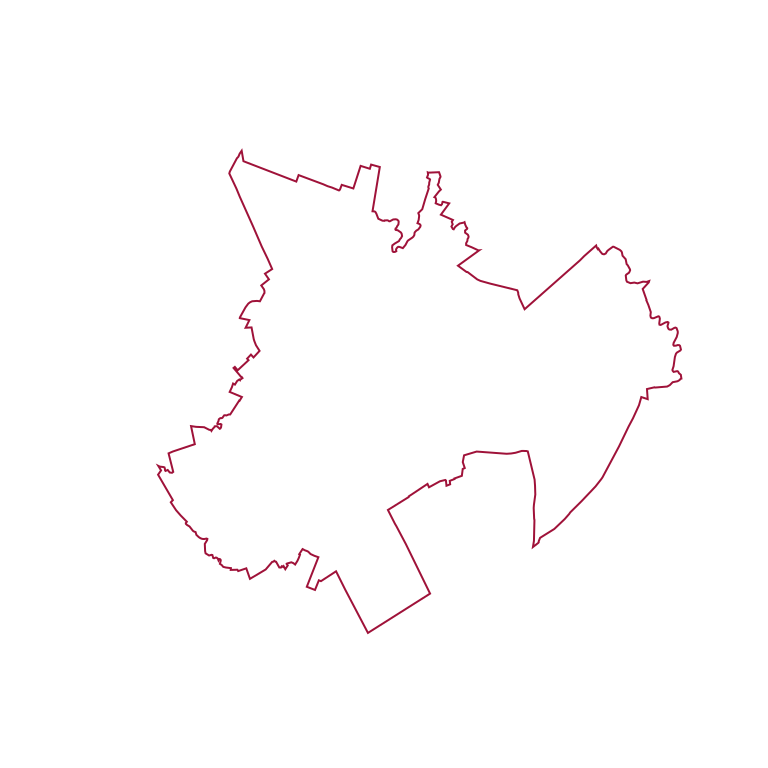 Timisoara, Timis, Romania (Natural Earth projection), rotated 123°
{"feature_id": "2599482B15929975886396", "entity_name": "Timisoara", "entity_type": "district", "adm_level": 2, "iso_a3": "ROU", "parent_name": "Romania", "parent_adm1": "Timis", "projection": "natural_earth1", "projection_center": [21.198, 45.759], "detail": "fine", "context": "isolated", "style": "outline", "palette": "rose", "viewbox_px": 768, "rotation_deg": 123, "n_neighbors": 0, "source": "geoboundaries", "source_scale": "gbopen_adm2", "svg_char_len": 6142}
<svg xmlns="http://www.w3.org/2000/svg" viewBox="0 0 768 768"><g transform="rotate(123 384 384)"><path d="M300.5,614.2L305.4,607.1L323.3,579.4L335.3,561.4L342.4,549.7L348.5,540.4L356.3,543.9L358.9,537.5L368.2,540.6L369.9,536.4L371.0,535.0L372.8,533.8L373.2,533.9L382.2,533.1L383.5,535.8L386.4,539.6L388.3,540.8L390.5,541.6L395.2,541.9L406.7,541.1L407.3,540.8L403.7,531.7L412.2,530.7L408.7,525.9L417.3,517.7L418.7,516.0L421.2,512.5L424.0,506.4L432.8,507.9L431.8,511.6L437.3,512.6L437.8,510.6L452.2,514.2L450.9,518.4L452.5,518.9L455.0,510.5L455.9,507.8L456.0,506.7L455.8,506.7L456.1,505.9L458.6,506.9L459.2,506.8L459.0,507.8L461.4,508.8L465.7,508.7L465.8,510.8L469.6,509.8L474.7,509.1L472.3,496.1L476.7,496.0L476.7,496.4L477.3,496.4L493.3,496.4L494.1,497.6L496.2,499.0L496.8,500.4L497.4,501.0L500.3,501.1L501.0,501.5L501.8,502.7L503.5,503.3L505.4,502.6L507.9,502.3L508.3,501.9L508.2,501.4L506.5,499.2L506.5,498.3L509.0,497.1L510.3,497.0L511.0,497.3L510.4,500.9L510.6,501.5L511.7,502.9L512.1,502.7L514.9,503.2L517.3,503.2L516.8,504.1L517.6,505.6L518.2,511.3L522.3,518.3L524.4,522.9L537.5,509.9L555.6,524.3L559.5,526.9L572.5,512.9L573.9,513.4L574.9,515.5L573.9,518.6L575.9,519.9L575.7,520.5L574.2,521.8L573.5,522.7L573.8,523.8L575.4,527.1L575.6,528.7L577.9,523.9L583.1,524.1L596.4,497.8L599.3,498.4L603.1,489.6L605.0,482.9L606.9,474.3L608.6,474.5L609.2,474.0L609.5,472.4L609.4,469.5L611.2,464.3L611.2,462.8L610.8,461.4L612.7,459.2L613.3,455.9L613.3,453.9L612.9,452.1L612.0,450.4L610.3,448.7L610.1,447.8L611.2,447.3L615.7,447.2L621.6,443.0L623.2,441.4L623.1,437.3L621.2,435.6L620.9,434.8L622.9,432.5L622.7,431.6L621.1,430.5L620.8,429.6L621.1,428.1L622.1,426.7L620.5,426.9L620.2,426.0L620.4,425.3L621.1,424.7L624.2,423.7L624.2,421.6L624.9,419.2L624.0,416.6L621.8,412.1L623.4,411.3L619.6,405.8L620.3,404.4L613.6,399.1L620.4,390.3L604.0,382.2L594.1,380.9L593.1,379.9L592.0,379.7L592.1,377.8L591.9,377.6L594.9,371.9L594.1,370.5L592.9,370.5L592.9,370.2L592.3,370.2L592.3,368.9L591.5,368.9L593.1,365.9L588.6,365.9L587.9,367.7L587.4,367.6L584.0,364.6L583.6,362.4L583.8,360.2L579.3,360.3L576.0,360.8L572.9,361.5L572.9,362.4L566.8,362.4L566.6,360.0L566.0,357.4L565.9,356.1L566.6,353.0L566.0,348.8L565.0,344.7L596.1,338.3L594.3,329.7L584.1,331.7L583.7,329.5L567.2,322.2L577.6,304.5L601.5,261.9L534.7,231.2L506.4,278.4L496.6,296.0L495.2,298.8L487.5,312.1L465.3,301.7L464.7,302.0L444.1,293.1L446.1,290.0L435.1,284.1L431.1,280.3L431.2,279.5L435.3,276.2L432.1,273.9L429.4,276.1L425.3,273.1L424.9,273.5L418.6,268.7L412.4,271.7L410.5,270.5L406.6,275.4L400.2,278.0L390.2,269.5L375.7,243.1L373.0,239.5L370.0,236.2L365.1,232.0L362.7,228.2L362.2,226.7L362.4,226.5L382.2,205.6L387.1,201.9L394.3,196.9L403.6,192.5L406.5,190.9L415.5,184.5L415.6,184.2L416.7,183.4L433.9,172.8L439.6,170.3L433.3,168.1L432.6,168.0L431.6,168.6L428.0,169.3L412.8,162.2L398.9,158.9L392.1,157.9L390.3,157.9L374.7,154.5L354.7,150.8L345.7,150.0L343.4,149.9L308.4,152.9L286.4,155.7L277.2,156.5L262.9,158.6L254.8,161.1L253.1,154.6L245.0,160.7L239.4,155.3L239.4,154.8L231.9,145.1L229.3,143.7L225.3,142.9L221.8,139.3L219.8,138.3L218.2,138.1L217.5,137.5L214.6,140.1L214.3,142.5L213.4,144.1L213.4,144.8L213.8,145.4L216.1,147.7L215.7,149.1L215.1,149.8L211.4,150.8L203.0,154.7L199.7,155.6L198.2,155.5L194.5,153.7L193.4,153.7L190.8,156.5L190.6,157.4L191.3,158.8L192.9,160.1L194.0,161.7L193.6,162.7L191.7,163.5L185.2,164.1L181.2,165.4L179.8,166.4L177.8,169.1L177.9,170.2L178.7,171.0L182.0,172.7L182.9,174.3L182.9,175.1L182.6,175.9L181.4,177.5L180.7,177.9L177.9,178.7L177.5,178.9L177.5,179.9L179.1,181.5L183.3,183.8L183.9,184.3L184.2,185.3L183.2,186.2L179.0,188.2L177.8,189.5L177.6,190.3L177.8,190.8L181.9,193.6L182.8,194.9L182.9,196.4L181.6,197.8L178.4,199.4L173.7,205.4L170.9,209.6L170.5,209.6L163.4,218.8L154.6,217.3L153.2,217.7L155.3,219.3L157.1,222.5L161.5,226.2L162.6,229.3L165.2,232.2L165.9,235.9L165.1,237.2L161.4,240.3L160.4,240.4L157.1,239.1L154.6,239.5L153.9,240.1L151.7,244.2L151.3,245.8L147.7,249.3L146.5,253.8L144.0,256.2L143.4,257.3L143.1,259.3L143.8,266.1L144.2,266.8L149.2,268.7L151.0,269.2L153.8,269.1L155.4,270.1L156.0,271.7L155.8,272.5L155.0,275.1L153.7,277.9L154.5,278.0L154.4,278.3L153.6,280.0L152.3,281.5L167.8,285.8L173.6,287.0L244.7,306.8L238.4,316.9L235.7,320.2L234.2,321.3L232.8,323.3L242.0,349.7L245.0,359.3L245.5,362.8L244.6,374.9L245.1,375.8L244.5,386.4L220.1,377.0L220.5,377.5L221.6,385.2L222.7,390.8L221.2,391.8L218.7,392.0L216.8,392.9L215.3,392.9L214.1,393.5L213.1,395.0L212.9,398.4L211.1,399.6L208.7,398.8L208.0,399.0L207.7,399.7L207.7,400.2L206.1,402.7L204.4,404.6L205.2,405.0L208.2,408.0L212.2,409.5L213.9,409.9L216.3,409.8L216.5,410.7L215.2,413.2L212.6,413.4L211.1,415.5L208.9,415.5L211.0,428.5L197.0,427.7L199.1,433.9L199.4,434.1L201.5,433.3L203.0,433.5L203.7,435.6L204.3,439.1L202.1,439.9L200.6,441.1L199.6,442.5L199.8,443.5L192.5,442.8L190.0,442.2L187.7,447.4L185.3,447.7L181.8,449.2L179.6,449.4L179.1,449.7L176.4,453.2L182.6,461.9L182.7,462.5L184.5,461.0L187.4,460.4L187.5,459.6L187.2,457.3L187.5,456.7L190.4,455.8L192.3,454.7L194.1,454.4L195.2,453.7L195.6,453.0L206.6,450.1L216.6,447.1L222.0,448.3L223.3,446.5L224.2,445.9L227.5,444.3L230.9,443.5L230.5,441.5L230.6,440.4L231.2,439.6L232.4,439.2L235.7,439.4L237.7,440.4L239.8,440.8L240.6,440.7L242.5,439.7L244.3,439.6L245.6,439.9L250.6,442.0L251.6,442.1L255.7,441.7L259.8,442.2L260.6,445.7L261.2,446.8L262.3,447.2L264.0,447.3L264.9,447.0L265.9,446.0L266.9,446.5L267.8,447.4L268.2,448.2L268.0,449.1L265.0,451.6L263.2,452.5L260.4,451.5L256.0,449.3L254.0,449.5L252.3,449.2L250.1,449.4L248.3,451.1L247.7,452.4L247.6,456.3L248.4,458.1L248.2,458.6L247.2,459.0L246.2,458.6L244.7,458.9L242.4,458.8L240.0,460.0L239.3,460.8L239.0,462.4L239.4,463.8L241.0,465.9L244.3,467.7L244.7,468.3L244.7,469.8L244.9,470.3L246.4,472.5L246.9,472.5L247.9,474.3L248.5,478.8L245.3,483.2L244.4,484.9L244.4,485.8L245.4,487.7L204.3,505.7L207.0,514.3L211.2,513.1L213.8,522.4L236.7,516.2L240.0,527.9L244.6,526.9L245.8,526.9L246.2,527.2L247.6,534.7L248.8,539.0L249.6,543.8L255.3,569.4L262.0,567.8L273.7,623.2L265.9,630.4L269.4,630.5L272.7,629.9L274.8,630.3L289.8,629.0L291.7,628.4L300.5,614.2Z" fill="none" stroke="#9f1239" stroke-width="2"/></g></svg>